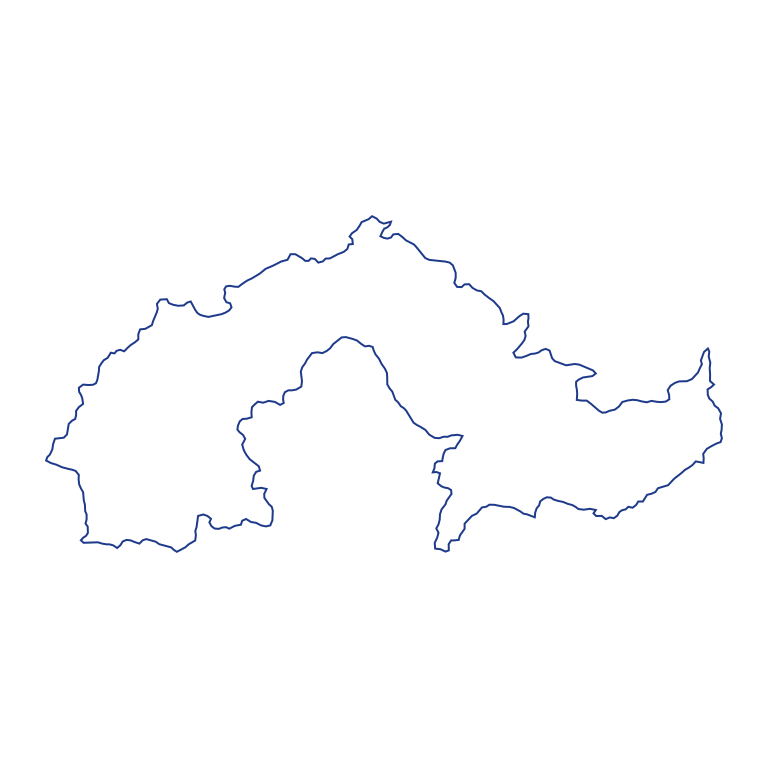 outline of Inhapim, Minas Gerais, Brazil
{"feature_id": "56859067B8939369455012", "entity_name": "Inhapim", "entity_type": "district", "adm_level": 2, "iso_a3": "BRA", "parent_name": "Brazil", "parent_adm1": "Minas Gerais", "projection": "albers", "projection_center": [-41.95, -19.485], "detail": "fine", "context": "isolated", "style": "outline", "palette": "blue", "viewbox_px": 768, "rotation_deg": 0, "n_neighbors": 0, "source": "geoboundaries", "source_scale": "gbopen_adm2", "svg_char_len": 6077}
<svg xmlns="http://www.w3.org/2000/svg" viewBox="0 0 768 768"><path d="M528.3,314.1L523.3,313.7L519.6,316.0L513.6,321.3L506.8,324.0L503.4,324.1L503.6,319.8L503.0,315.6L501.3,312.0L499.8,308.0L493.4,301.0L488.9,297.9L484.4,294.4L481.4,291.3L476.8,290.4L472.4,287.8L469.2,284.2L464.5,284.4L461.6,287.1L457.1,286.9L454.3,282.9L455.7,277.8L455.7,272.9L452.9,265.4L449.7,262.6L445.5,261.6L429.4,259.9L425.3,258.1L416.3,247.0L414.0,244.5L405.9,240.3L402.5,237.1L398.2,233.9L393.3,234.4L391.0,237.5L387.4,238.6L383.9,237.9L380.4,236.2L382.4,231.8L384.2,228.7L387.3,227.4L389.9,224.9L391.0,221.7L383.8,223.6L379.7,221.9L376.7,218.6L372.1,216.2L368.6,219.2L361.6,222.1L360.0,225.1L356.8,229.9L351.9,233.3L349.6,236.6L352.3,239.2L352.8,244.0L348.7,244.5L347.4,248.9L343.7,251.9L337.6,254.3L329.9,258.4L325.6,258.6L322.9,261.4L318.3,262.6L314.8,258.9L311.0,258.4L308.6,260.9L305.3,260.9L302.1,258.2L295.3,254.2L290.5,254.2L287.5,259.8L281.2,261.5L273.6,265.4L265.5,268.9L259.8,273.6L251.5,278.6L248.1,280.1L245.3,281.8L241.4,284.5L238.3,286.9L234.2,286.6L229.8,285.8L226.1,286.4L224.3,289.3L225.2,292.8L224.1,298.0L226.4,302.2L230.1,303.3L231.5,307.3L229.3,310.3L225.5,312.6L221.4,314.2L208.4,316.9L204.0,316.0L200.3,314.9L197.4,313.0L195.3,310.0L190.7,301.5L187.2,302.6L183.8,305.4L178.2,305.8L172.9,304.7L168.9,303.1L166.8,299.2L160.3,299.6L156.9,303.9L157.8,308.8L156.6,312.8L153.1,321.1L151.9,325.1L145.4,328.8L140.1,329.4L138.3,334.2L138.3,339.4L134.9,342.3L130.9,344.9L127.5,347.9L124.2,351.3L120.2,349.8L116.6,350.8L114.5,353.4L110.8,352.7L107.7,357.8L103.8,360.2L101.6,363.0L99.1,367.0L98.9,371.0L97.3,380.0L95.9,383.3L92.9,384.8L88.2,385.0L83.2,384.6L78.9,387.7L79.1,391.8L81.1,395.1L82.3,398.5L83.1,403.9L78.9,407.1L76.1,410.9L76.1,415.2L75.2,419.0L72.1,420.6L68.7,424.0L67.0,434.4L63.8,437.7L55.0,438.7L53.2,443.8L52.3,449.5L49.8,454.7L47.3,457.1L46.1,460.5L50.8,463.0L56.4,464.7L62.0,467.2L67.9,468.8L72.0,469.7L75.6,470.9L78.8,474.9L78.6,479.5L79.2,484.5L81.0,488.5L83.1,492.2L83.8,500.4L84.9,504.6L85.2,511.2L86.6,514.4L86.6,519.5L85.5,523.5L87.7,526.6L87.9,532.9L86.1,535.8L83.3,537.6L80.9,540.3L83.6,542.8L97.8,542.3L102.6,543.7L106.5,544.3L109.8,544.4L113.3,545.4L117.1,548.0L120.3,545.3L122.8,541.4L126.6,539.9L130.7,540.4L134.8,542.1L139.4,543.6L142.8,540.2L146.3,539.1L155.7,541.7L159.3,544.2L171.2,547.4L174.0,550.0L176.9,551.8L185.5,547.2L188.7,544.3L195.2,540.5L195.9,535.3L195.3,531.0L196.5,527.4L198.1,515.9L203.4,514.5L207.5,516.0L211.0,518.8L209.4,522.4L211.4,526.1L214.5,528.5L218.6,528.9L222.5,527.5L226.1,527.2L229.3,528.7L234.7,525.9L240.9,524.7L242.2,520.7L246.1,519.0L251.0,522.0L256.0,522.8L261.1,525.4L265.9,526.4L270.3,525.4L272.4,520.3L272.8,510.6L271.7,506.7L269.0,504.3L264.4,497.9L264.2,493.9L266.6,489.0L261.2,487.8L253.0,489.0L251.6,485.9L253.1,481.2L253.8,475.7L256.2,471.8L260.1,470.6L258.7,466.2L249.7,459.2L246.4,454.9L243.8,450.2L242.2,444.6L245.2,438.9L243.1,435.0L239.4,432.1L237.4,429.5L238.0,425.5L239.8,421.3L242.6,419.0L246.8,418.7L251.7,417.3L251.4,412.0L252.0,407.2L254.5,404.6L257.9,401.7L263.2,402.7L268.6,400.9L274.9,401.9L280.1,404.9L283.7,403.0L283.1,399.4L283.3,395.8L284.9,392.2L288.4,390.3L292.1,390.3L296.2,389.6L301.3,386.6L302.0,381.2L300.8,371.7L302.2,367.3L305.0,363.5L307.0,359.7L312.0,353.1L317.4,352.3L322.4,353.1L326.8,350.9L330.1,348.3L333.2,344.1L341.7,337.4L345.9,337.1L352.9,339.0L357.0,340.5L361.2,343.9L365.0,346.4L369.1,345.8L372.7,347.0L373.7,350.5L375.6,354.5L379.0,358.7L381.6,364.0L384.9,368.6L386.9,372.8L387.2,377.4L387.3,384.4L389.6,388.4L392.3,391.6L395.3,399.8L398.0,402.2L400.8,406.2L403.9,408.2L406.2,410.7L413.5,422.6L416.7,424.9L420.4,426.8L425.4,429.9L429.2,434.6L434.7,437.9L439.1,438.2L443.8,436.7L447.7,436.8L451.2,435.4L457.8,434.8L462.5,436.0L459.9,440.8L457.1,444.8L455.3,448.2L450.0,448.3L445.5,450.0L443.7,453.6L442.8,457.4L442.2,461.1L437.5,461.4L434.9,463.6L434.4,468.4L432.8,472.4L436.3,472.0L440.0,473.3L437.7,483.3L441.4,486.3L444.7,487.6L448.1,488.2L451.1,490.1L451.5,493.9L446.7,500.7L445.4,504.5L441.6,509.3L440.0,514.2L439.7,519.6L438.5,524.4L436.3,528.4L438.5,532.7L437.2,537.6L434.7,542.9L435.2,548.6L440.4,549.2L445.5,551.6L448.8,550.4L448.7,544.2L451.1,540.4L454.5,540.4L458.7,539.9L459.9,535.5L464.6,528.8L464.6,523.7L471.9,515.9L476.7,513.6L482.0,507.4L486.1,506.8L489.4,504.7L494.3,504.8L503.8,506.7L509.6,506.9L514.0,508.0L520.5,511.5L523.5,513.7L526.9,514.3L534.8,517.3L535.2,512.6L536.6,508.4L539.1,505.4L540.2,501.4L543.2,499.0L546.7,497.3L550.9,497.6L553.6,499.5L557.7,500.8L562.9,501.9L567.9,503.9L572.2,505.0L575.6,506.9L578.3,509.0L583.8,509.7L589.9,508.8L595.8,510.0L593.5,513.4L596.2,516.0L601.8,515.9L605.7,519.1L609.8,517.4L613.8,518.2L617.3,515.7L619.3,512.1L622.1,510.2L625.6,509.4L628.3,506.8L632.6,507.7L636.2,504.9L638.3,501.5L642.9,501.5L647.1,494.8L651.6,493.7L655.4,492.0L658.0,488.2L668.1,485.2L674.2,478.7L681.5,473.0L684.9,469.9L688.7,467.7L692.4,465.1L695.8,461.4L703.4,462.9L703.7,458.3L703.2,453.9L706.8,448.9L711.5,446.1L716.8,443.4L720.6,442.1L721.9,438.2L720.8,433.7L721.6,429.9L721.9,424.5L720.1,418.9L721.0,413.3L718.2,408.3L714.6,405.6L712.7,401.6L709.2,398.4L707.8,394.7L707.6,389.4L711.2,387.1L714.0,384.5L710.0,381.0L710.1,374.4L709.7,368.0L710.3,362.6L708.7,356.6L709.3,351.6L707.9,348.5L704.0,352.0L700.9,360.4L701.9,364.3L700.0,367.9L698.0,372.5L691.9,379.1L686.9,381.2L679.1,381.4L674.9,382.9L670.5,385.8L667.7,390.2L669.1,394.9L669.3,399.3L665.7,401.6L661.2,402.1L656.9,401.8L651.5,400.9L646.6,402.3L641.3,401.3L637.2,400.2L632.7,399.8L627.6,400.5L622.3,402.0L619.1,406.4L614.9,409.6L609.6,410.8L605.8,412.4L602.4,412.7L598.8,410.6L591.3,404.1L586.7,400.6L581.6,400.6L576.8,399.9L577.2,393.7L576.8,389.2L576.1,385.8L576.1,381.8L578.7,379.6L582.9,377.5L592.4,376.1L595.8,373.5L593.0,370.4L579.2,364.6L574.6,364.0L566.1,365.3L554.7,361.1L552.1,358.2L549.6,350.6L545.7,348.9L541.7,350.2L538.7,352.4L535.3,353.5L530.8,354.0L526.5,355.9L521.4,357.6L515.8,357.4L513.4,352.7L517.0,349.3L522.1,343.2L524.4,340.0L525.6,336.0L524.7,331.6L528.5,326.3L527.9,321.7L528.5,318.1L528.3,314.1Z" fill="none" stroke="#1e3a8a" stroke-width="2"/></svg>